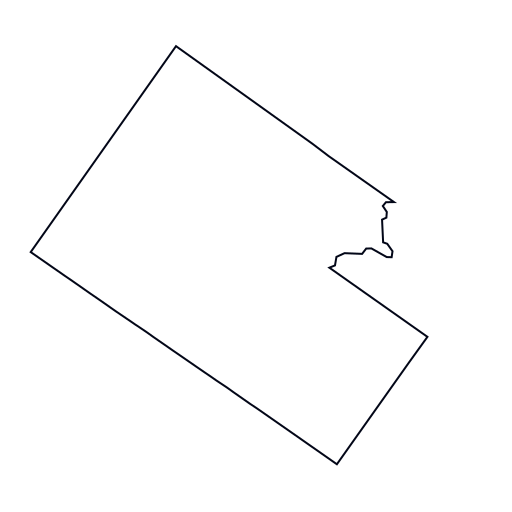 outline of Spokane, Washington, United States of America, rotated 125°
{"feature_id": "52423323B30314962478279", "entity_name": "Spokane", "entity_type": "district", "adm_level": 2, "iso_a3": "USA", "parent_name": "United States of America", "parent_adm1": "Washington", "projection": "orthographic", "projection_center": [-117.293, 47.654], "detail": "fine", "context": "isolated", "style": "outline", "palette": "ink", "viewbox_px": 512, "rotation_deg": 125, "n_neighbors": 0, "source": "geoboundaries", "source_scale": "gbopen_adm2", "svg_char_len": 858}
<svg xmlns="http://www.w3.org/2000/svg" viewBox="0 0 512 512"><g transform="rotate(125 256 256)"><path d="M380.2,70.3L255.0,69.6L223.9,69.2L223.5,189.2L218.4,185.9L210.6,189.6L202.9,185.1L193.4,170.3L186.7,170.0L183.6,165.8L181.9,148.3L179.2,144.2L173.8,146.9L170.7,155.5L171.9,159.7L153.9,173.6L149.8,171.2L144.9,174.1L142.3,180.8L137.4,180.4L132.7,173.9L132.5,253.7L131.7,274.0L130.7,371.2L130.0,441.9L382.0,442.8L381.9,401.1L381.8,392.2L381.8,388.0L381.8,376.6L381.8,370.2L381.7,359.6L381.7,346.1L381.7,339.2L381.4,318.1L381.4,315.7L381.3,313.1L381.1,301.2L381.2,293.6L381.1,270.2L380.9,244.3L380.9,243.5L380.9,241.9L380.8,230.9L380.7,223.2L380.7,217.2L380.6,213.1L380.6,212.6L380.4,205.1L380.4,203.2L380.4,202.5L380.5,196.7L380.5,176.0L380.3,168.1L380.2,111.6L380.2,107.8L380.2,102.5L380.2,70.3Z" fill="none" stroke="#020617" stroke-width="2"/></g></svg>